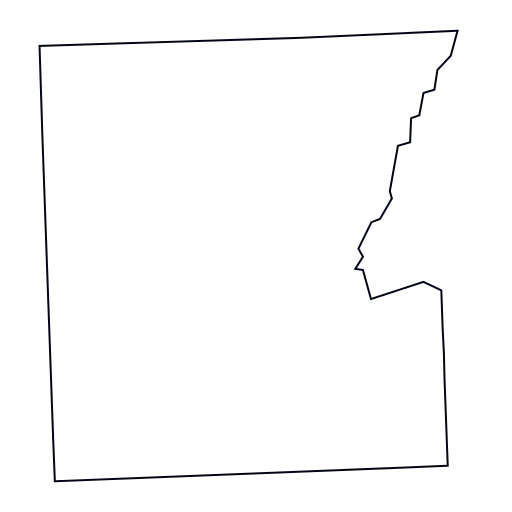 Blue Earth, Minnesota, United States of America, rotated 88°
{"feature_id": "52423323B75233967611088", "entity_name": "Blue Earth", "entity_type": "district", "adm_level": 2, "iso_a3": "USA", "parent_name": "United States of America", "parent_adm1": "Minnesota", "projection": "albers", "projection_center": [-94.099, 44.056], "detail": "fine", "context": "isolated", "style": "outline", "palette": "ink", "viewbox_px": 512, "rotation_deg": 88, "n_neighbors": 0, "source": "geoboundaries", "source_scale": "gbopen_adm2", "svg_char_len": 562}
<svg xmlns="http://www.w3.org/2000/svg" viewBox="0 0 512 512"><g transform="rotate(88 256 256)"><path d="M38.5,465.0L126.8,465.3L425.4,465.1L426.9,465.0L429.6,465.2L431.5,465.1L474.1,464.9L472.6,115.4L472.3,71.7L385.6,71.9L360.0,71.6L334.8,72.0L296.8,72.0L287.7,89.6L303.0,142.6L273.7,149.6L272.3,157.2L260.4,149.1L252.3,153.4L226.3,139.5L223.2,130.7L203.2,118.2L195.9,120.0L150.8,110.3L147.7,98.0L123.7,96.2L121.1,87.9L98.9,82.9L96.0,71.9L76.4,68.2L62.7,54.4L37.9,46.7L39.5,203.1L38.8,377.7L38.5,465.0Z" fill="none" stroke="#020617" stroke-width="2"/></g></svg>